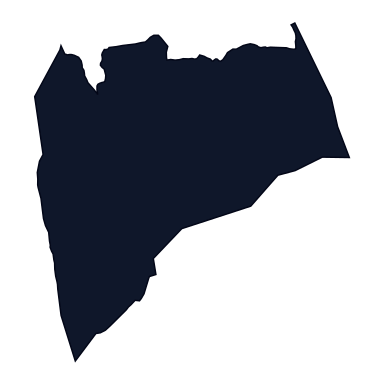 San Pedro Jocotipac, Oaxaca, Mexico
{"feature_id": "50627088B2588264946725", "entity_name": "San Pedro Jocotipac", "entity_type": "district", "adm_level": 2, "iso_a3": "MEX", "parent_name": "Mexico", "parent_adm1": "Oaxaca", "projection": "mercator", "projection_center": [-97.075, 17.749], "detail": "fine", "context": "isolated", "style": "filled", "palette": "ink", "viewbox_px": 384, "rotation_deg": 0, "n_neighbors": 0, "source": "geoboundaries", "source_scale": "gbopen_adm2", "svg_char_len": 1977}
<svg xmlns="http://www.w3.org/2000/svg" viewBox="0 0 384 384"><path d="M34.7,96.6L43.1,154.5L39.5,161.2L37.3,172.5L37.8,179.2L37.7,184.9L38.1,187.3L40.1,195.0L41.0,198.4L42.2,208.2L43.5,218.6L45.5,225.6L48.7,232.3L49.5,241.0L50.3,245.2L50.1,247.2L51.6,251.2L53.1,254.0L53.9,260.0L54.6,262.9L54.8,269.3L55.7,276.2L57.0,281.6L57.5,284.3L57.8,289.3L57.9,289.6L57.9,290.0L61.1,315.5L75.3,361.0L95.9,333.5L100.3,332.8L105.4,330.2L110.8,325.2L126.3,309.8L128.4,307.0L131.0,304.7L135.1,300.3L139.5,300.8L141.2,298.6L144.0,293.8L148.9,277.6L149.5,276.5L155.9,274.5L153.3,258.5L181.8,228.6L250.8,206.1L266.9,187.7L277.9,175.2L295.1,170.6L307.0,164.7L322.3,157.1L349.3,157.5L337.6,126.7L331.1,97.6L294.8,23.0L291.1,24.9L292.7,27.2L293.9,30.0L295.3,32.8L295.9,35.6L296.0,38.9L295.4,41.6L295.8,45.6L295.9,48.3L294.8,49.2L293.1,49.2L291.3,49.0L289.6,48.8L286.5,47.8L283.8,47.7L275.2,47.4L270.3,47.2L266.9,47.8L265.4,47.0L263.4,47.2L260.9,47.7L258.3,46.9L257.0,45.7L254.2,44.6L250.3,43.8L247.5,44.4L243.3,45.5L239.9,47.3L236.3,49.2L232.9,49.1L230.3,50.8L227.5,52.6L225.9,55.4L222.8,59.8L220.5,61.3L218.9,60.8L217.3,59.2L215.9,58.9L214.3,59.9L213.4,60.9L212.2,61.1L210.3,59.1L207.0,57.9L204.1,56.3L199.7,55.0L198.4,56.9L196.7,58.8L194.5,59.1L192.0,58.5L188.8,58.9L183.2,58.7L179.3,59.7L175.1,60.1L170.7,59.5L167.0,60.1L166.5,57.8L166.3,52.2L167.8,46.4L161.1,38.1L158.4,35.3L153.8,35.3L150.3,37.3L147.8,39.9L145.4,42.0L141.9,42.5L139.5,43.0L135.4,44.0L122.7,45.5L116.1,46.7L109.1,47.5L108.0,49.1L106.0,49.6L104.3,49.5L102.3,53.0L101.8,55.0L102.2,56.9L102.4,58.9L101.9,61.2L100.6,63.2L100.4,65.2L102.1,67.4L104.2,69.1L104.9,71.9L105.8,75.3L105.5,78.7L104.8,81.5L103.5,82.2L101.9,82.5L99.7,83.3L97.9,84.3L97.0,86.0L97.0,90.2L97.8,94.6L94.3,90.0L87.9,82.7L86.7,79.7L84.6,75.8L84.4,73.3L83.9,70.3L82.2,67.7L82.1,65.0L81.2,61.0L78.6,57.3L76.2,56.2L74.3,55.3L71.7,54.6L69.9,54.5L67.1,54.9L66.2,54.4L64.8,54.1L61.0,45.8L59.9,50.0L34.7,96.6Z" fill="#0f172a" stroke="#020617" stroke-width="1.5"/></svg>